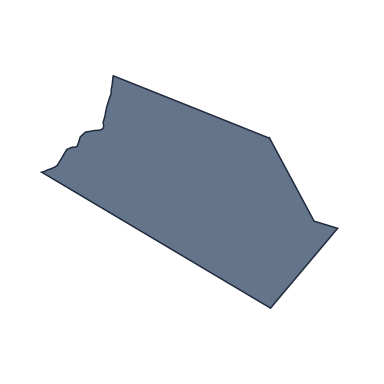 Annus, Laborie, Saint Lucia (orthographic projection), rotated 16°
{"feature_id": "8701671B25026940525342", "entity_name": "Annus", "entity_type": "district", "adm_level": 2, "iso_a3": "LCA", "parent_name": "Saint Lucia", "parent_adm1": "Laborie", "projection": "orthographic", "projection_center": [-61.008, 13.775], "detail": "fine", "context": "isolated", "style": "filled", "palette": "slate", "viewbox_px": 384, "rotation_deg": 16, "n_neighbors": 0, "source": "geoboundaries", "source_scale": "gbopen_adm2", "svg_char_len": 638}
<svg xmlns="http://www.w3.org/2000/svg" viewBox="0 0 384 384"><g transform="rotate(16 192 192)"><path d="M42.0,214.4L299.5,282.0L342.0,186.8L318.7,186.4L317.4,186.4L251.5,118.6L251.4,118.9L84.3,102.0L84.3,103.0L85.6,110.3L86.2,115.9L86.6,117.5L87.1,119.8L86.7,125.9L86.6,133.6L86.9,139.1L87.3,141.5L87.4,145.5L87.4,146.8L87.3,149.5L89.0,153.1L89.1,155.1L88.0,156.6L86.1,158.1L81.3,159.8L77.1,161.9L73.0,163.8L69.4,169.8L69.3,174.7L69.1,179.3L67.8,181.0L64.6,181.9L60.0,185.5L58.6,190.5L57.5,195.1L56.6,198.2L55.1,203.6L53.3,205.8L50.0,208.6L47.3,210.4L44.8,212.6L42.0,214.4Z" fill="#64748b" stroke="#1e293b" stroke-width="1.5"/></g></svg>